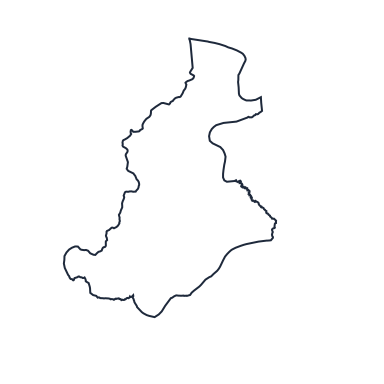 Vangvieng, Vientiane, Laos, rotated 216°
{"feature_id": "54806243B551923777603", "entity_name": "Vangvieng", "entity_type": "district", "adm_level": 2, "iso_a3": "LAO", "parent_name": "Laos", "parent_adm1": "Vientiane", "projection": "albers", "projection_center": [102.424, 18.922], "detail": "fine", "context": "isolated", "style": "outline", "palette": "slate", "viewbox_px": 384, "rotation_deg": 216, "n_neighbors": 0, "source": "geoboundaries", "source_scale": "gbopen_adm2", "svg_char_len": 6019}
<svg xmlns="http://www.w3.org/2000/svg" viewBox="0 0 384 384"><g transform="rotate(216 192 192)"><path d="M275.2,201.1L276.1,197.5L277.4,194.6L278.0,193.7L278.0,192.7L277.2,191.0L276.2,190.1L275.5,188.7L274.4,188.2L271.3,188.6L269.6,188.4L268.7,188.0L268.1,187.2L267.8,186.4L267.7,183.6L267.0,182.4L261.4,178.5L259.2,174.4L258.5,172.4L258.0,172.3L256.9,171.8L255.9,171.6L250.3,172.6L249.3,172.2L247.4,171.7L244.2,169.7L242.6,169.5L241.2,168.9L239.9,167.9L238.9,166.7L238.7,165.7L237.9,164.1L237.6,162.6L237.9,160.4L237.8,159.2L239.8,157.6L241.4,156.9L242.6,156.0L243.8,154.6L245.2,153.8L245.9,153.0L246.0,152.1L245.1,148.8L244.2,148.3L243.7,147.8L243.1,146.2L242.6,143.7L241.9,141.7L240.1,139.5L239.4,138.5L238.7,135.2L237.9,133.1L237.7,130.6L237.1,130.0L235.5,128.7L234.7,127.4L233.3,126.1L232.9,124.6L232.3,123.9L232.1,121.3L232.5,119.3L233.8,116.8L235.1,116.6L235.8,116.2L236.2,115.2L236.7,112.6L237.9,110.4L237.7,109.4L237.0,108.7L235.9,106.0L235.1,105.4L234.1,104.9L232.4,103.2L232.7,101.5L232.3,100.8L230.2,98.0L230.0,97.2L230.2,96.2L231.1,95.3L231.3,94.3L231.0,92.6L230.6,91.6L231.3,90.1L232.5,88.6L233.0,86.3L233.2,84.3L234.9,83.3L238.3,82.6L241.6,83.4L243.7,82.8L245.0,81.6L247.5,80.3L248.6,80.0L252.3,80.8L254.6,79.2L256.4,76.3L257.6,73.2L258.0,69.3L257.5,65.2L255.4,62.1L253.6,58.8L250.3,55.8L243.5,52.1L241.9,51.7L240.7,50.8L239.1,50.3L237.7,51.0L236.6,50.7L236.2,50.7L236.0,50.9L235.9,51.6L236.4,52.9L236.4,53.3L234.5,55.9L234.3,56.8L233.7,57.3L232.2,57.4L231.1,58.1L229.8,58.2L229.1,58.8L228.7,59.7L227.2,59.0L226.0,58.1L225.7,57.5L224.9,57.3L222.1,57.6L219.2,55.4L218.0,54.3L215.0,50.6L211.4,50.5L208.4,51.7L206.2,51.1L205.7,51.8L204.9,52.2L203.9,52.2L201.3,53.9L200.7,54.1L199.8,55.0L197.0,56.8L195.7,57.4L194.9,57.3L194.0,58.2L192.6,58.9L192.0,58.8L191.6,59.2L191.6,59.8L191.3,60.1L191.2,60.7L190.5,60.9L190.1,61.7L189.5,62.0L188.8,62.9L188.4,63.0L187.8,62.7L187.2,63.2L186.7,63.4L185.6,63.0L185.1,63.9L184.3,64.1L183.4,64.9L183.4,65.6L182.8,65.9L182.7,66.1L182.5,67.6L181.9,68.4L181.1,68.6L180.8,68.9L180.6,70.0L180.8,71.0L180.0,70.8L179.7,71.0L179.1,72.2L178.9,73.9L178.3,73.3L178.3,72.6L178.0,72.0L177.4,71.5L176.1,70.9L175.4,70.2L174.6,69.8L174.1,69.2L173.1,68.7L169.6,67.3L168.8,66.6L161.9,65.3L160.0,65.3L156.3,65.8L153.8,66.6L148.7,68.8L146.9,73.4L146.3,77.6L146.8,84.2L146.7,93.7L145.9,94.8L145.1,97.2L144.0,99.1L141.7,100.4L139.1,102.2L138.2,103.1L137.6,103.2L137.4,103.5L136.8,103.7L135.7,104.8L135.1,104.9L133.0,107.6L133.1,110.3L132.4,113.4L130.5,119.8L130.1,122.3L129.6,129.0L127.9,133.4L126.9,135.0L126.4,138.3L125.3,143.1L125.2,145.7L125.4,148.1L126.7,155.1L127.3,159.2L127.1,162.5L126.7,165.3L126.2,167.7L125.7,169.1L123.9,172.6L121.0,177.0L119.0,179.8L117.3,181.9L109.0,191.0L103.1,196.5L101.3,197.9L99.8,199.3L99.6,202.4L100.0,203.1L101.1,203.5L102.2,204.4L102.4,205.1L102.8,205.7L103.1,207.1L104.7,208.1L105.2,208.7L105.2,209.6L104.8,210.5L104.4,210.8L104.0,211.7L104.2,212.1L104.7,212.3L105.0,212.6L106.3,215.0L106.3,215.6L105.8,216.3L106.8,217.5L106.9,217.9L107.1,218.2L110.0,218.6L110.5,218.1L111.1,218.0L111.5,217.5L112.6,218.0L114.4,218.1L115.0,218.7L116.6,218.6L117.2,219.0L117.9,218.9L118.3,219.1L119.0,218.7L119.4,218.7L119.9,219.0L120.6,220.3L122.0,220.2L122.5,220.5L123.5,220.4L124.8,221.1L125.6,220.9L126.3,220.9L126.6,220.4L127.1,220.3L127.3,220.5L127.6,221.0L128.2,220.7L129.0,220.9L129.7,220.9L131.0,221.5L131.4,222.1L132.4,222.4L133.6,222.3L134.3,222.0L135.4,222.2L135.5,222.0L135.1,221.3L135.2,220.9L135.6,220.8L137.1,221.2L137.5,221.1L137.8,220.4L138.1,220.3L138.7,220.7L139.3,220.8L140.0,222.2L140.6,221.8L141.2,221.9L141.3,222.5L141.1,223.0L141.3,223.2L142.1,223.5L143.2,223.1L143.1,223.8L143.4,224.0L145.0,223.7L145.0,224.5L145.7,224.9L145.4,225.8L146.0,226.6L147.3,226.6L147.7,226.9L148.0,226.8L147.8,226.0L148.1,225.8L148.9,226.5L149.6,227.5L149.9,227.3L150.0,226.8L150.3,226.6L151.5,227.3L151.9,227.1L152.0,226.8L151.6,226.4L151.7,226.0L152.3,226.0L153.2,226.5L153.6,225.6L153.8,225.4L154.4,225.7L154.9,226.5L155.3,226.0L155.3,225.4L155.5,225.4L155.7,225.7L155.8,226.8L155.5,227.4L155.6,227.6L156.0,227.8L156.4,227.7L156.5,228.0L156.8,228.1L157.2,227.9L158.3,228.1L158.5,227.8L158.5,227.4L158.7,227.2L159.4,228.1L159.1,228.4L158.4,228.7L158.5,229.1L158.9,229.4L159.7,229.5L159.9,229.2L159.8,228.8L159.8,228.3L160.0,228.2L160.5,228.2L160.7,227.9L160.8,227.0L161.5,226.9L162.6,226.6L162.9,226.8L163.1,227.3L163.3,227.4L163.8,226.4L163.7,226.2L169.8,220.8L172.7,220.4L175.4,222.0L177.5,224.9L179.4,228.2L181.9,233.0L183.2,236.0L185.6,240.3L188.2,242.3L191.5,244.2L195.5,245.0L203.9,243.5L207.7,243.9L211.0,247.2L212.6,250.8L213.0,254.6L212.6,257.4L211.7,260.3L207.1,266.4L197.4,275.1L190.8,285.0L190.7,285.7L190.4,286.1L189.4,286.2L187.5,287.6L187.0,289.0L186.8,290.4L186.1,291.3L186.1,292.5L185.0,293.1L184.3,294.1L184.1,295.9L183.6,296.7L183.0,298.8L188.4,304.8L192.0,309.2L194.6,304.1L197.9,300.8L201.7,298.1L202.6,297.8L205.3,297.3L207.0,297.2L210.4,298.0L211.8,299.1L215.8,304.1L219.4,308.1L220.4,309.9L223.2,313.9L223.3,315.7L225.5,326.5L225.9,329.4L226.5,330.8L227.5,331.8L229.7,333.0L232.2,333.7L234.2,333.6L239.0,332.9L244.1,331.6L247.7,330.3L250.8,329.7L256.6,327.8L261.3,325.9L266.3,323.5L267.7,323.0L282.6,315.3L284.4,314.6L284.3,314.3L282.9,313.4L280.1,310.8L264.4,292.8L264.1,288.1L263.8,287.3L262.5,286.8L259.2,287.3L258.5,287.1L258.2,286.5L257.8,285.0L258.0,283.5L259.8,280.5L260.7,279.3L261.3,277.8L261.5,276.6L260.8,276.1L259.7,275.6L258.6,273.1L258.2,271.6L258.3,269.2L257.6,266.3L257.3,262.6L257.7,261.6L258.6,261.0L260.2,259.0L260.8,257.7L261.1,255.4L261.0,254.5L262.0,252.6L262.1,252.1L262.1,251.4L261.8,250.8L262.1,249.3L267.5,247.2L269.0,245.9L271.4,239.7L272.7,235.3L273.0,234.2L272.9,233.6L271.5,231.5L270.8,230.0L270.7,228.8L270.7,227.7L271.9,224.4L272.0,223.3L272.1,220.9L271.9,219.1L271.6,217.5L270.9,216.3L269.2,214.5L269.2,213.9L270.4,211.5L270.3,210.3L270.8,209.6L273.1,207.5L274.9,206.2L277.2,206.7L277.6,206.6L277.8,206.1L277.2,204.8L276.2,203.6L275.3,203.2L275.2,201.1Z" fill="none" stroke="#1e293b" stroke-width="2"/></g></svg>